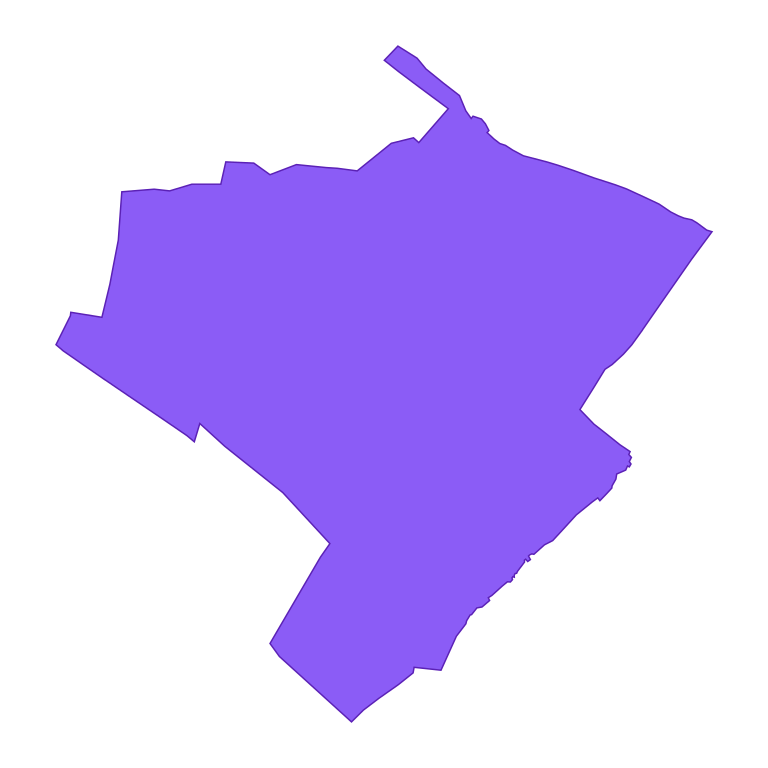 Kolomotu'a, Tongatapu, Tonga (Equal Earth projection)
{"feature_id": "48082658B41580202055285", "entity_name": "Kolomotu'a", "entity_type": "district", "adm_level": 2, "iso_a3": "TON", "parent_name": "Tonga", "parent_adm1": "Tongatapu", "projection": "equal_earth", "projection_center": [-175.229, -21.143], "detail": "fine", "context": "isolated", "style": "filled", "palette": "violet", "viewbox_px": 768, "rotation_deg": 0, "n_neighbors": 0, "source": "geoboundaries", "source_scale": "gbopen_adm2", "svg_char_len": 1919}
<svg xmlns="http://www.w3.org/2000/svg" viewBox="0 0 768 768"><path d="M712.0,231.7L706.7,230.1L697.0,222.9L691.8,219.8L684.0,218.1L678.0,215.7L670.6,211.9L659.1,204.1L649.6,199.6L626.7,189.0L615.3,184.8L593.9,177.9L573.3,170.4L558.1,165.3L547.5,162.1L523.4,155.8L512.7,150.1L505.5,145.4L499.8,143.5L494.1,139.1L487.1,132.6L488.9,130.5L485.4,123.8L481.4,119.0L473.0,116.2L471.2,118.5L465.8,110.8L459.5,95.6L443.5,83.2L426.0,69.0L417.1,58.2L397.9,46.1L384.3,60.3L398.7,71.7L420.0,87.7L448.3,108.7L418.8,142.6L413.5,137.8L391.3,143.3L376.7,155.1L357.2,170.9L337.4,168.3L326.4,167.6L296.4,164.6L270.0,174.7L253.8,163.1L225.8,161.9L220.8,184.2L191.9,184.2L169.6,190.9L154.2,189.2L121.8,191.8L118.3,240.2L113.0,267.7L109.9,284.2L101.9,317.3L70.8,312.3L70.4,315.8L56.0,344.7L63.1,350.8L84.4,365.6L104.9,379.8L105.0,379.8L128.2,395.6L164.0,419.9L186.9,435.6L194.3,441.8L199.8,423.5L224.9,446.4L282.8,492.6L329.9,543.6L320.4,557.2L274.6,635.6L272.4,639.4L270.0,643.5L279.4,656.5L320.1,693.4L351.5,721.9L363.4,710.1L378.9,698.3L398.4,684.6L413.1,672.9L414.1,667.3L441.0,670.2L456.4,636.2L465.9,623.8L466.6,620.8L470.1,615.0L471.6,614.6L476.9,607.9L482.0,607.0L489.6,600.5L488.3,597.7L491.8,595.5L502.1,586.2L507.4,581.8L510.4,582.0L512.5,579.6L512.0,577.9L512.8,576.7L514.3,577.2L514.2,575.3L515.1,573.5L516.6,573.3L517.5,571.3L524.5,562.1L524.4,560.2L525.7,559.2L527.7,561.5L530.4,559.6L528.5,556.0L529.8,554.8L531.8,553.9L533.9,554.3L544.5,544.8L552.7,540.6L565.6,526.6L576.3,514.9L592.3,501.9L597.8,497.9L599.9,500.7L607.0,493.3L611.8,488.1L612.1,485.8L615.9,479.1L616.7,474.0L621.6,471.9L625.7,470.1L627.5,466.0L629.3,466.9L631.0,464.0L629.3,461.6L631.4,457.4L628.8,454.5L630.1,451.6L620.0,444.8L604.5,432.4L594.0,424.2L579.9,409.6L593.5,388.0L605.0,369.3L612.2,364.5L623.4,354.2L631.8,344.8L642.4,330.1L642.8,329.4L661.8,302.0L676.1,281.5L691.5,259.4L712.0,231.7Z" fill="#8b5cf6" stroke="#5b21b6" stroke-width="1.5"/></svg>